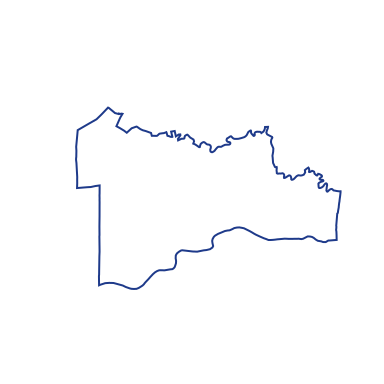 La Blanca, San Marcos, Guatemala, rotated 239°
{"feature_id": "79465075B67582520223271", "entity_name": "La Blanca", "entity_type": "district", "adm_level": 2, "iso_a3": "GTM", "parent_name": "Guatemala", "parent_adm1": "San Marcos", "projection": "natural_earth1", "projection_center": [-92.12, 14.551], "detail": "fine", "context": "isolated", "style": "outline", "palette": "blue", "viewbox_px": 384, "rotation_deg": 239, "n_neighbors": 0, "source": "geoboundaries", "source_scale": "gbopen_adm2", "svg_char_len": 6083}
<svg xmlns="http://www.w3.org/2000/svg" viewBox="0 0 384 384"><g transform="rotate(239 192 192)"><path d="M159.6,66.2L158.6,70.5L158.3,71.2L156.7,74.3L154.4,77.9L151.9,80.3L149.5,82.6L147.5,84.5L144.7,86.3L141.2,89.2L140.0,90.5L138.8,92.3L137.6,94.5L137.2,96.8L137.2,99.1L137.3,101.5L137.7,103.3L138.1,104.1L138.7,105.9L139.7,109.6L140.7,112.7L141.7,116.2L142.2,119.0L142.2,121.4L141.8,123.5L141.0,125.0L139.0,128.1L137.8,131.2L136.9,133.5L136.0,135.4L136.0,136.6L136.4,138.1L136.6,138.5L137.7,139.9L139.1,141.5L141.0,142.8L142.4,143.4L143.5,143.8L145.8,145.3L146.6,146.4L147.2,147.8L147.5,150.1L147.5,152.4L147.1,153.6L140.7,161.9L138.2,165.7L136.0,171.9L134.8,174.5L133.7,178.0L133.9,180.9L134.8,182.3L137.6,183.2L139.7,184.1L141.1,185.5L142.3,187.6L142.7,189.2L142.7,192.7L142.1,196.6L141.6,200.1L140.7,202.6L139.8,204.5L139.6,205.9L139.4,207.7L139.3,209.7L138.4,212.2L137.3,214.3L135.6,216.3L134.1,217.9L128.8,221.3L126.5,222.6L124.4,223.7L122.5,224.8L119.1,227.1L115.3,229.8L113.4,231.4L111.5,232.8L110.5,234.4L109.4,236.5L108.4,238.6L107.6,240.5L104.2,247.5L101.6,251.4L96.9,259.5L95.3,261.5L94.7,263.2L94.4,267.8L94.3,268.4L93.0,270.3L91.7,271.7L90.0,272.7L87.5,273.6L85.4,274.7L83.0,277.5L82.0,278.2L81.3,279.0L80.8,279.9L80.2,280.9L80.2,283.8L79.7,284.7L76.4,291.3L80.6,293.7L83.7,295.4L84.8,295.8L85.7,296.3L86.3,296.8L87.9,297.9L88.7,298.2L98.7,305.4L98.9,306.1L99.3,306.5L99.9,307.0L100.7,307.6L103.2,309.8L104.2,310.5L106.8,312.5L107.8,313.4L109.9,315.0L112.0,316.7L113.3,317.7L115.4,319.3L116.1,319.7L116.8,318.5L118.2,316.7L120.2,314.5L120.5,314.1L121.9,313.8L122.6,313.4L123.1,312.1L123.0,310.6L122.7,309.4L122.5,308.4L123.0,307.9L124.1,308.0L125.3,308.9L127.0,310.2L128.2,311.3L129.3,311.8L129.9,311.7L130.4,311.4L130.5,310.5L129.8,308.4L129.4,307.7L129.2,306.7L129.1,305.4L129.4,304.0L129.9,303.1L131.0,303.1L133.2,304.2L134.1,304.7L134.4,305.4L134.4,306.4L134.3,307.7L134.0,308.8L133.8,309.5L133.8,310.2L134.1,310.5L134.7,310.5L135.2,310.1L135.6,309.6L136.0,308.8L136.7,308.2L137.2,308.0L137.6,308.1L137.9,308.6L138.0,309.2L138.2,310.1L138.2,311.1L138.4,311.4L138.8,311.6L139.2,311.7L139.8,311.6L140.7,311.0L141.4,310.7L142.1,310.1L142.3,309.8L142.4,309.7L142.6,309.5L142.3,309.0L141.9,308.4L141.7,307.9L142.1,307.3L142.8,307.0L143.3,307.0L144.3,306.5L144.5,306.5L145.1,306.6L146.0,307.0L146.5,307.1L147.1,306.8L148.3,305.8L148.3,304.9L148.3,303.9L148.5,303.1L148.9,302.7L149.3,302.9L150.0,303.6L151.0,304.0L152.1,304.4L153.0,304.3L152.9,302.1L152.6,300.0L151.4,299.5L150.5,299.1L149.3,296.8L149.5,295.3L150.0,293.8L150.8,292.8L151.6,291.7L151.7,289.8L150.7,286.1L150.7,284.7L151.1,283.8L151.7,283.6L152.4,284.0L153.8,284.6L155.0,284.7L155.9,284.3L156.3,283.5L156.2,279.8L156.3,278.7L156.6,278.2L157.5,278.5L158.0,279.1L158.8,279.6L159.5,279.9L160.6,279.8L161.4,279.3L162.0,277.8L163.0,276.2L163.4,275.2L163.8,274.7L164.4,274.4L165.8,275.1L166.8,275.5L167.8,276.2L169.0,277.1L169.8,277.4L170.1,276.5L170.5,276.1L171.1,276.0L171.7,276.1L172.4,276.2L173.5,276.3L174.6,276.4L175.2,276.5L178.6,278.2L180.0,278.9L181.6,279.6L184.7,282.3L187.2,284.0L187.6,284.2L191.5,284.7L192.4,284.8L193.8,285.3L194.3,285.5L195.3,286.3L195.9,286.8L196.4,287.5L197.0,288.6L197.3,288.9L197.9,289.0L202.3,286.3L202.9,286.1L204.6,286.3L204.8,286.5L206.0,287.7L207.6,289.8L208.7,290.7L210.1,288.1L208.6,286.9L208.1,286.3L207.0,284.4L206.8,281.8L207.6,281.8L207.9,281.7L208.4,281.4L208.8,280.9L209.9,279.2L210.3,278.5L210.5,277.7L210.6,277.3L210.6,277.0L210.5,276.7L210.3,276.2L209.7,275.5L209.4,275.3L208.7,275.3L208.4,275.0L208.2,274.6L208.2,274.1L208.2,273.9L208.4,273.7L208.6,273.6L211.3,273.1L212.0,273.1L212.5,273.2L213.1,273.6L214.1,274.1L214.4,274.1L214.5,274.0L214.6,273.5L214.5,272.1L214.5,271.5L214.2,270.8L212.7,268.4L212.4,267.7L212.3,267.3L212.1,266.0L212.1,265.1L212.3,264.2L212.8,262.1L213.5,259.8L213.7,259.2L214.6,257.5L215.5,256.0L215.9,255.6L216.5,255.1L217.0,254.9L217.4,254.7L217.9,254.6L218.9,254.4L219.3,254.2L219.7,254.1L219.9,253.4L219.9,252.8L219.8,251.2L219.8,249.5L219.4,249.0L218.7,248.3L218.2,248.2L217.5,248.2L217.0,248.3L216.4,248.7L215.9,249.3L215.2,250.0L214.7,250.2L214.1,250.0L213.7,249.7L213.5,249.3L213.4,248.7L213.5,248.2L215.4,244.7L215.7,242.4L215.7,240.6L215.8,240.1L216.4,239.2L217.0,238.3L217.2,237.7L217.2,237.1L217.1,236.5L216.8,235.5L216.3,234.0L215.7,232.6L215.6,231.7L215.6,230.8L215.6,230.1L215.9,229.5L216.5,229.0L216.9,228.8L217.5,228.8L218.6,229.3L219.2,229.7L219.8,230.5L220.5,231.1L221.4,231.6L222.4,231.7L222.9,231.5L223.7,231.1L224.2,230.5L224.8,229.7L225.5,229.2L226.4,228.9L227.7,228.5L228.5,228.0L228.7,227.8L228.9,227.4L229.0,226.5L229.0,225.7L228.7,224.2L227.9,223.2L226.5,221.8L226.7,221.3L227.3,220.9L228.0,220.7L231.2,219.2L232.8,218.0L234.4,219.9L236.2,220.3L239.6,218.5L241.1,218.2L242.9,217.8L243.5,217.6L243.7,217.2L243.8,216.4L243.7,214.9L243.1,214.1L242.1,213.3L241.9,212.8L241.9,212.5L243.0,210.5L243.1,209.8L243.4,206.7L244.7,207.2L246.6,211.3L247.4,211.6L248.1,210.3L248.0,206.8L253.2,208.6L254.5,205.2L249.4,203.6L249.4,203.4L250.2,202.2L252.0,200.8L252.8,199.9L255.8,200.7L256.5,200.8L256.8,199.0L257.0,198.1L257.4,197.3L257.8,196.4L258.2,195.4L258.6,194.5L258.7,194.1L258.7,193.8L258.6,193.3L258.5,192.9L258.3,192.0L258.2,191.3L258.2,190.9L258.3,190.7L258.5,190.3L260.9,186.5L263.7,187.3L268.1,183.7L270.3,181.6L272.4,180.2L273.2,179.8L275.5,178.8L276.5,178.3L276.7,178.0L276.9,177.1L277.7,173.1L276.4,166.6L279.5,165.4L283.9,163.1L287.3,161.1L291.9,167.6L292.9,169.1L294.8,172.7L295.4,172.1L296.1,170.3L296.9,169.8L296.6,169.3L299.4,166.6L300.1,166.4L306.9,164.0L307.6,163.5L305.3,155.2L304.8,153.2L303.5,147.6L303.7,138.8L303.9,125.9L298.7,122.1L290.4,116.0L286.8,114.1L281.4,110.7L281.0,110.3L279.3,109.2L276.4,107.9L263.9,101.3L262.0,100.1L258.6,98.1L254.6,95.5L250.1,104.6L248.4,107.8L246.9,112.2L245.2,116.2L238.3,112.0L236.8,111.0L234.0,109.4L232.9,108.7L230.8,107.5L226.7,105.0L223.7,103.2L218.9,100.3L210.0,94.8L202.7,90.5L201.6,89.7L199.0,88.2L188.4,82.0L184.6,79.5L180.9,77.2L173.2,72.4L169.0,69.8L167.8,68.9L159.9,64.3L159.8,65.1L159.6,66.2Z" fill="none" stroke="#1e3a8a" stroke-width="2"/></g></svg>